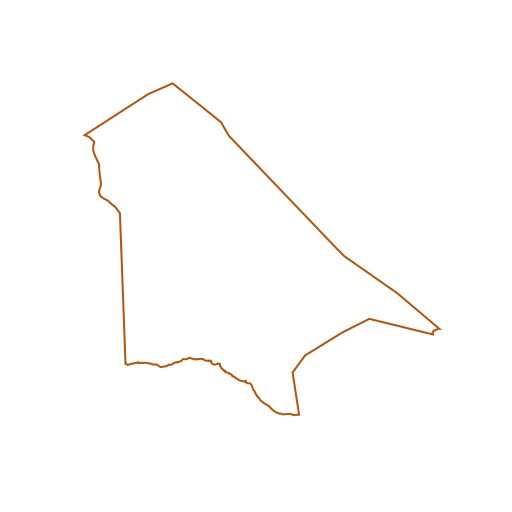 Ngeruluobel, Airai, Palau, rotated 284°
{"feature_id": "81905179B90317674654188", "entity_name": "Ngeruluobel", "entity_type": "district", "adm_level": 2, "iso_a3": "PLW", "parent_name": "Palau", "parent_adm1": "Airai", "projection": "albers", "projection_center": [134.513, 7.38], "detail": "fine", "context": "isolated", "style": "outline", "palette": "amber", "viewbox_px": 512, "rotation_deg": 284, "n_neighbors": 0, "source": "geoboundaries", "source_scale": "gbopen_adm2", "svg_char_len": 2395}
<svg xmlns="http://www.w3.org/2000/svg" viewBox="0 0 512 512"><g transform="rotate(284 256 256)"><path d="M119.7,155.5L119.9,156.4L119.6,156.9L119.3,157.7L119.9,158.9L120.8,160.5L121.6,161.9L122.1,163.1L122.8,164.6L123.4,166.2L124.4,167.2L123.9,167.7L123.7,168.6L124.3,169.3L124.7,171.0L124.8,172.1L125.2,173.2L125.7,174.1L125.7,175.2L125.7,176.5L126.1,177.8L126.0,178.6L125.9,179.6L126.1,180.5L125.9,181.4L125.8,182.3L126.1,183.5L126.6,185.0L126.5,186.0L126.1,187.5L125.6,188.7L125.3,190.0L125.5,191.5L126.4,193.2L127.5,195.9L128.6,196.8L129.3,197.6L129.1,198.0L129.7,198.9L130.3,200.5L131.9,201.9L133.1,203.3L133.2,203.9L133.9,204.8L133.8,205.7L134.5,206.5L135.1,207.4L136.0,208.8L136.6,209.2L137.3,209.5L138.2,210.0L138.5,210.6L138.5,211.5L138.7,212.5L139.5,213.9L140.5,215.5L141.2,216.0L141.2,216.8L141.0,217.9L140.9,219.4L141.2,220.8L140.8,222.1L141.6,223.4L141.8,224.8L142.7,226.6L142.9,227.9L143.1,229.8L142.6,231.1L142.3,232.1L142.3,233.2L143.1,235.3L142.6,235.7L142.7,236.7L143.5,237.4L142.9,238.2L141.2,239.0L140.5,240.6L140.5,242.1L141.7,244.5L142.7,245.4L142.4,247.1L141.2,247.4L139.7,248.6L139.3,249.5L138.6,249.7L138.3,250.7L137.3,252.0L137.3,253.5L136.7,253.3L135.9,254.7L136.0,257.7L135.5,258.0L134.9,261.4L133.6,262.2L133.6,264.3L132.6,265.7L132.3,267.9L131.6,268.6L131.3,271.3L131.3,274.3L132.2,276.3L131.2,276.2L130.7,277.9L130.5,279.0L130.9,280.7L130.7,281.7L130.0,282.7L128.5,283.7L125.4,285.9L124.3,287.5L123.2,288.2L122.5,289.0L121.4,289.7L120.4,291.2L120.0,291.2L118.8,293.6L118.1,294.1L117.0,295.2L116.4,296.5L115.7,298.1L115.1,299.4L114.6,300.9L114.1,303.2L113.6,304.4L113.0,305.6L112.2,306.8L111.3,308.3L110.4,310.0L109.6,312.0L109.0,314.0L108.7,316.5L109.1,318.3L108.8,319.7L109.0,321.2L109.7,322.9L110.3,324.6L111.0,327.6L111.0,329.4L110.8,330.8L111.2,333.0L112.2,334.8L112.4,336.2L151.8,319.7L171.3,327.6L178.5,334.6L188.7,344.6L202.9,358.5L222.4,381.1L222.7,446.7L223.5,446.3L223.9,445.8L226.3,446.6L226.5,446.5L227.0,447.3L227.6,448.1L228.2,449.2L229.4,450.1L229.7,451.5L254.1,402.0L277.1,341.9L281.3,334.8L366.1,200.5L377.2,189.9L383.4,176.7L403.3,133.3L387.0,112.2L331.8,60.5L331.2,65.0L327.7,71.4L323.6,71.5L319.2,72.4L314.4,75.5L307.1,81.4L298.7,84.1L289.2,87.9L287.1,88.4L284.5,88.1L280.0,88.1L276.7,90.3L275.2,93.4L273.8,99.1L271.2,103.6L270.1,106.7L267.9,109.5L264.6,113.6L200.0,132.3L119.7,155.5Z" fill="none" stroke="#b45309" stroke-width="2"/></g></svg>